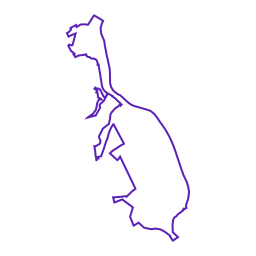 Kalnciema pag., Jelgava, Latvia (orthographic projection)
{"feature_id": "27541924B33017162899558", "entity_name": "Kalnciema pag.", "entity_type": "district", "adm_level": 2, "iso_a3": "LVA", "parent_name": "Latvia", "parent_adm1": "Jelgava", "projection": "orthographic", "projection_center": [23.587, 56.795], "detail": "fine", "context": "isolated", "style": "outline", "palette": "violet", "viewbox_px": 256, "rotation_deg": 0, "n_neighbors": 0, "source": "geoboundaries", "source_scale": "gbopen_adm2", "svg_char_len": 5286}
<svg xmlns="http://www.w3.org/2000/svg" viewBox="0 0 256 256"><path d="M96.4,160.1L96.6,160.1L97.1,158.7L98.4,158.5L98.0,156.9L101.2,156.3L101.8,154.5L102.3,153.0L102.7,151.8L103.3,150.2L103.8,148.9L104.2,147.6L104.8,145.3L105.7,143.0L106.3,140.8L107.1,139.5L107.6,137.9L107.9,136.4L108.4,134.5L108.9,133.0L109.4,131.6L110.0,130.1L111.2,127.5L112.2,125.9L113.4,124.1L113.5,124.1L114.6,126.3L118.7,133.8L120.3,136.9L124.0,143.7L124.0,143.8L121.2,145.2L119.9,146.0L117.9,147.4L114.6,149.5L112.4,151.0L111.9,151.4L111.4,151.9L110.7,152.5L109.9,153.3L116.7,159.6L117.2,160.1L118.1,159.6L120.1,156.6L123.8,164.4L127.3,171.6L131.4,180.3L135.5,188.7L135.5,188.8L132.1,191.3L131.1,192.3L129.9,193.5L128.6,194.7L127.3,196.0L126.8,196.5L126.6,196.7L126.2,196.3L126.1,196.2L122.4,196.6L121.4,196.7L117.7,197.0L114.7,197.3L113.4,197.3L113.1,197.3L114.4,202.5L122.3,199.4L126.1,202.4L126.9,202.8L127.1,203.0L128.1,203.7L128.4,204.0L130.9,205.8L132.9,207.4L131.2,213.0L130.1,216.7L133.5,225.4L133.6,225.6L135.3,224.7L135.5,224.6L136.5,223.9L138.6,222.7L142.2,226.0L144.1,227.7L146.7,228.3L147.9,228.5L151.0,229.1L151.4,229.2L152.0,229.1L154.0,228.8L156.0,228.6L160.7,229.5L164.6,231.6L169.2,235.0L170.0,235.9L170.0,236.0L170.3,236.3L170.2,236.4L170.2,236.6L170.3,236.8L172.8,240.6L174.1,239.8L178.0,237.2L177.6,236.8L177.0,236.3L175.9,235.2L175.7,235.0L173.6,233.0L173.5,232.9L173.1,232.5L172.8,232.2L172.8,231.2L172.7,230.4L172.7,229.9L172.7,229.4L172.7,228.4L172.5,225.9L172.6,224.5L172.8,222.7L173.1,220.3L173.3,219.5L173.6,218.8L174.0,218.1L174.4,217.5L174.7,217.3L176.0,216.5L176.5,216.1L176.7,215.7L177.2,215.1L177.5,214.7L178.2,214.1L178.5,213.9L179.2,213.3L179.6,213.1L180.2,212.7L181.4,211.7L182.4,211.1L183.1,210.2L182.9,209.9L183.4,209.2L183.6,209.6L183.8,209.3L183.8,209.1L183.9,208.9L184.0,208.8L184.1,208.7L184.3,208.8L184.3,209.0L184.5,209.0L184.8,209.0L186.4,207.9L186.2,207.6L186.0,206.5L186.2,205.0L186.6,203.3L187.4,201.0L188.0,199.4L188.5,196.7L188.7,195.2L188.9,193.2L189.0,191.5L188.8,190.3L188.3,187.2L188.0,186.2L187.2,183.2L186.4,181.1L185.4,179.1L184.4,177.0L183.4,175.0L182.6,172.6L181.7,170.1L180.6,166.8L179.4,163.2L178.1,159.3L177.6,157.9L176.6,155.0L175.8,152.4L174.7,149.1L173.2,145.4L172.1,142.6L171.7,141.6L170.7,139.5L169.6,137.1L167.2,132.7L165.2,129.3L162.5,125.4L159.7,121.5L158.5,119.7L157.0,117.4L155.2,115.2L154.2,113.9L153.5,113.4L151.9,112.0L150.1,110.7L149.5,110.5L146.1,109.4L140.5,107.8L136.3,106.6L134.1,106.0L131.5,104.8L128.8,103.1L120.6,95.6L120.2,95.3L117.8,94.2L115.9,92.8L113.6,91.0L111.2,87.3L110.1,83.2L110.1,82.4L110.0,77.0L109.8,70.4L109.4,67.4L108.3,62.3L106.9,56.1L105.9,51.0L104.9,45.9L104.6,43.8L104.4,41.7L103.7,39.6L102.3,36.3L101.2,33.7L100.9,30.8L100.6,27.8L101.7,24.2L102.0,23.2L103.1,20.9L100.5,19.2L100.2,19.0L95.0,15.9L94.0,15.4L92.7,17.3L92.6,17.6L89.9,21.8L88.4,24.1L88.1,24.7L86.8,24.7L86.3,24.5L85.4,24.4L84.1,24.4L82.7,24.3L80.7,24.5L76.7,27.0L76.2,25.0L70.4,28.0L71.0,29.6L70.3,30.4L68.8,32.0L68.0,32.5L67.0,33.0L68.2,36.0L68.5,36.6L68.8,36.4L70.4,35.7L72.7,34.6L72.8,34.6L75.5,33.5L74.3,38.8L73.6,41.1L73.5,41.6L72.5,45.0L72.1,45.3L71.5,45.3L70.9,45.2L70.3,45.0L69.8,44.9L69.2,44.6L68.5,45.7L68.4,45.8L68.6,46.0L68.7,46.4L70.5,50.0L71.1,50.9L71.8,51.5L73.1,52.5L73.9,53.1L74.3,53.4L74.6,53.9L73.6,54.4L73.9,54.7L74.0,55.0L74.8,56.1L75.3,57.1L76.7,56.5L78.2,55.8L78.2,55.6L85.6,54.6L86.0,54.3L86.2,54.6L86.3,54.7L86.0,55.2L87.4,56.7L89.7,57.1L90.9,58.3L92.5,58.7L93.2,58.6L94.3,58.7L94.9,59.0L95.9,59.6L96.8,60.5L97.2,61.4L97.4,62.0L97.7,64.0L97.6,64.8L98.1,64.7L98.6,64.6L98.8,66.1L99.0,67.2L99.1,68.3L99.5,70.5L99.7,71.8L99.9,72.6L100.1,74.3L100.4,75.7L100.6,77.6L100.9,79.2L101.3,81.8L101.5,82.8L101.6,83.6L101.7,84.4L101.9,85.2L102.0,86.1L102.4,87.2L103.0,88.7L103.6,89.7L104.3,90.6L105.3,91.6L106.3,92.5L107.6,93.3L110.3,94.8L111.5,95.4L112.4,95.9L112.2,96.3L113.9,97.4L114.8,98.0L117.7,100.9L119.4,102.4L121.6,104.6L121.4,104.8L120.4,105.8L119.6,104.9L118.4,106.1L117.6,106.9L117.1,107.0L116.5,107.4L115.7,107.9L114.3,109.3L113.8,110.0L111.6,112.4L110.9,113.4L110.6,113.9L110.5,114.5L110.4,115.6L110.2,116.1L110.0,116.9L110.1,117.2L110.2,117.9L110.0,119.1L109.3,121.9L109.2,122.5L109.0,123.4L108.9,123.7L108.6,124.0L108.1,124.5L107.1,125.3L105.8,126.3L105.4,126.6L103.8,127.9L103.6,128.0L102.7,128.9L102.3,129.8L101.7,130.9L101.4,131.5L101.0,132.4L100.5,133.3L100.2,133.8L99.5,135.2L99.3,135.6L99.0,136.5L98.9,137.2L99.6,138.6L100.0,139.5L100.5,140.6L100.4,141.3L100.1,142.9L100.0,143.3L99.8,143.7L99.5,144.0L99.1,144.2L97.7,145.1L95.6,146.1L95.4,146.3L94.8,146.3L94.4,146.2L94.6,147.9L94.8,149.0L95.1,150.6L95.3,151.8L95.3,152.3L95.4,152.5L95.4,154.0L95.5,154.8L96.4,160.1ZM101.5,99.6L101.4,99.6L99.3,99.0L97.2,103.0L96.4,107.7L95.7,110.1L93.8,112.6L93.0,113.7L92.6,114.1L87.8,117.4L87.6,117.6L93.4,116.0L95.3,115.5L95.6,115.6L95.9,115.1L96.9,113.3L98.3,110.9L98.7,110.2L99.8,108.3L99.9,108.0L100.2,107.5L100.2,107.4L99.9,106.7L99.3,105.8L99.2,105.7L99.4,105.8L99.9,104.4L103.0,101.6L103.6,101.1L103.9,100.7L105.5,97.7L107.6,93.9L107.2,93.6L107.0,94.2L105.9,96.4L105.2,97.6L104.2,97.2L103.8,96.8L103.4,96.1L102.3,93.9L101.5,92.4L101.2,91.6L100.2,89.6L98.3,88.5L96.8,88.6L95.3,87.6L94.5,88.8L97.4,90.9L96.3,92.4L97.6,93.0L98.0,97.3L98.9,97.8L101.4,99.2L101.5,99.6Z" fill="none" stroke="#5b21b6" stroke-width="2"/></svg>